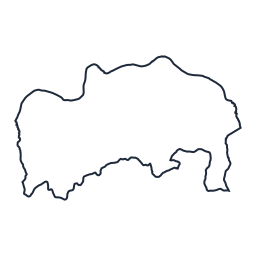 outline of Kap Choeng, Surin, Thailand
{"feature_id": "78962969B82717955014572", "entity_name": "Kap Choeng", "entity_type": "district", "adm_level": 2, "iso_a3": "THA", "parent_name": "Thailand", "parent_adm1": "Surin", "projection": "robinson", "projection_center": [103.538, 14.468], "detail": "fine", "context": "isolated", "style": "outline", "palette": "slate", "viewbox_px": 256, "rotation_deg": 0, "n_neighbors": 0, "source": "geoboundaries", "source_scale": "gbopen_adm2", "svg_char_len": 5778}
<svg xmlns="http://www.w3.org/2000/svg" viewBox="0 0 256 256"><path d="M228.8,190.7L228.2,189.3L226.4,186.1L225.5,183.1L224.0,180.0L224.0,178.9L224.8,175.7L225.7,171.2L226.2,170.5L227.8,169.2L228.2,168.7L230.3,164.4L230.4,163.9L230.4,163.0L229.8,161.6L228.9,159.9L228.7,157.9L228.0,157.6L227.2,153.5L227.1,152.7L227.4,149.5L227.0,147.5L226.9,145.1L226.7,144.6L225.6,143.4L225.8,142.2L225.7,141.0L225.9,140.1L225.8,139.7L226.1,139.4L225.8,138.8L226.0,138.3L226.7,137.7L227.1,136.9L227.4,136.6L227.5,136.0L227.7,135.6L240.6,127.8L239.9,125.6L239.7,123.2L239.2,121.9L238.9,121.5L238.8,120.5L238.2,120.0L237.8,118.6L237.4,118.4L236.4,116.6L236.3,114.8L236.5,114.2L236.4,114.0L236.5,113.8L236.7,113.7L236.5,113.4L235.8,113.3L235.3,112.9L235.5,112.6L235.5,111.8L235.6,111.7L236.1,111.9L236.1,110.3L236.3,109.3L236.2,108.3L235.8,106.8L235.2,106.3L234.6,106.0L235.1,105.5L235.1,105.0L234.9,104.8L234.7,104.4L234.5,104.2L234.4,103.8L233.4,103.6L233.3,103.0L232.9,103.0L232.8,102.7L231.9,102.7L231.6,101.7L231.3,100.9L228.1,100.3L226.9,99.8L225.9,98.9L225.5,98.0L224.9,95.7L224.4,93.0L223.9,91.1L222.6,88.5L220.9,86.2L219.0,84.7L215.7,82.4L209.7,79.0L208.8,78.2L204.2,76.7L203.1,76.0L202.2,75.8L199.0,75.4L193.4,75.1L189.3,74.4L187.4,73.8L181.8,70.5L179.4,68.4L173.8,64.0L171.3,60.4L170.1,59.1L168.3,58.0L165.7,56.8L164.4,56.4L163.9,56.6L162.8,56.7L162.6,56.5L162.4,56.6L161.9,56.4L157.9,57.3L156.4,58.3L154.0,60.4L152.8,61.1L152.7,61.5L152.3,61.6L152.1,61.5L149.5,64.0L148.0,64.7L145.6,65.7L142.5,66.3L140.6,66.3L133.3,64.4L132.0,64.5L129.9,64.9L127.8,64.9L126.8,65.0L121.3,66.5L117.0,68.5L111.9,71.1L110.9,71.4L109.4,72.5L107.5,73.3L106.2,73.4L105.2,73.1L104.6,72.5L104.3,72.7L103.9,71.8L103.2,71.3L103.3,71.1L101.4,70.1L101.1,69.6L100.7,69.5L100.4,69.0L100.4,68.8L99.1,67.4L98.5,67.4L98.3,66.4L96.5,65.0L95.5,64.6L94.2,64.3L92.5,64.6L90.7,65.5L88.0,67.2L87.2,68.0L86.5,69.0L85.8,72.7L85.5,77.9L85.2,80.3L84.9,81.4L83.9,84.1L83.6,85.4L83.5,87.1L83.7,91.9L83.5,93.7L83.1,94.9L81.3,96.7L79.3,98.5L78.7,98.8L77.6,99.2L73.4,100.2L71.6,100.5L70.3,100.5L67.3,100.0L65.6,100.2L64.2,100.1L63.3,99.7L61.8,97.8L60.7,97.0L56.2,94.6L51.8,92.7L44.8,90.7L41.5,90.5L39.2,89.8L37.6,89.8L34.7,90.6L34.0,90.9L27.0,96.2L25.2,98.0L22.1,102.6L21.5,103.6L20.2,109.9L19.6,111.9L18.1,114.9L17.1,117.8L16.4,118.8L15.7,120.5L15.4,120.8L15.9,121.9L16.4,122.1L16.5,122.7L16.8,123.1L16.7,124.2L16.8,124.5L16.5,124.6L16.5,124.9L17.0,124.8L17.0,125.3L17.3,125.4L17.6,126.2L17.4,126.9L17.7,127.2L17.6,127.5L18.2,128.3L18.1,129.2L18.2,129.3L18.6,129.4L18.6,129.9L18.8,130.0L19.0,130.7L19.4,131.0L19.4,131.4L19.5,131.6L19.4,132.2L19.3,132.3L19.3,132.7L18.9,133.0L19.4,134.4L19.4,134.9L19.0,135.3L18.9,135.6L18.8,137.1L18.9,137.6L19.5,137.8L19.5,138.0L20.0,138.9L20.1,139.5L19.7,140.6L19.3,141.1L17.9,142.2L17.7,142.8L17.5,144.9L17.8,145.9L19.1,147.2L19.7,148.3L19.7,149.3L20.3,150.5L20.4,151.1L20.3,152.2L20.6,152.6L20.7,156.5L20.5,158.3L20.7,160.3L21.0,161.2L21.9,163.1L22.9,164.3L23.1,165.0L23.2,166.6L23.7,167.7L25.1,169.9L25.3,170.9L25.9,172.6L26.7,174.2L26.4,174.8L26.0,175.3L25.4,176.2L25.5,178.1L25.1,179.0L24.3,180.1L23.3,181.2L22.5,181.9L22.5,182.3L22.9,182.9L23.9,186.7L24.7,189.1L24.5,191.0L24.0,193.2L24.3,194.0L25.7,194.7L26.9,195.7L28.4,196.5L29.1,196.5L30.5,195.9L30.5,196.1L30.8,194.8L31.9,193.7L32.8,192.4L34.2,189.3L35.1,188.2L37.0,186.7L38.9,185.4L40.9,184.6L44.7,182.0L45.8,181.6L46.3,181.6L46.8,181.7L47.3,182.1L47.7,183.1L48.1,185.4L48.1,188.9L48.4,189.6L49.0,189.9L49.9,189.8L50.5,189.4L50.8,189.3L51.2,189.3L51.8,189.6L52.3,190.3L53.2,193.2L54.9,196.8L55.1,197.0L56.2,197.3L58.0,197.3L60.1,197.6L61.6,198.1L64.3,199.5L65.0,199.6L65.6,199.4L66.3,198.9L66.9,198.0L67.2,196.8L67.4,193.9L68.4,191.7L68.7,191.3L69.3,190.9L72.6,190.1L73.3,189.4L73.8,188.0L74.2,185.1L74.4,184.3L74.6,183.9L76.5,183.3L77.2,183.5L78.1,184.6L78.7,185.0L80.1,185.1L80.5,185.0L81.0,184.6L82.9,181.9L83.2,180.6L83.4,177.7L83.8,176.9L84.0,176.6L86.1,175.6L89.4,174.4L91.9,174.0L94.9,172.6L95.3,172.6L95.7,172.9L96.3,174.0L97.3,174.9L98.4,175.3L99.2,175.1L100.5,173.7L100.7,172.7L100.5,170.9L101.2,169.1L101.6,168.3L102.0,168.0L104.5,166.9L105.3,166.3L106.4,165.0L109.1,163.7L111.2,163.0L114.1,162.8L117.1,162.2L117.6,162.0L119.9,159.4L120.8,158.9L121.4,158.9L122.1,159.3L123.0,159.4L124.4,158.9L125.0,158.8L125.7,159.0L126.9,159.8L128.0,160.0L128.5,159.7L129.8,158.3L130.1,158.3L131.0,157.5L131.8,157.4L133.5,157.7L135.1,157.6L136.6,158.2L138.1,159.1L138.5,159.8L140.1,161.3L142.8,164.7L143.4,165.2L145.7,164.8L146.2,164.8L147.2,165.4L147.9,165.4L148.6,165.1L149.8,163.8L150.1,163.7L150.5,164.2L150.9,165.7L151.5,167.9L151.7,170.3L152.4,171.4L152.1,172.5L152.5,173.6L152.7,174.0L154.0,175.1L155.2,176.4L155.6,176.7L156.8,176.9L158.8,176.9L160.5,175.6L162.3,173.5L163.1,172.8L164.6,172.2L166.6,171.0L169.1,170.3L171.4,169.0L173.4,168.2L174.3,167.7L174.9,167.8L176.2,168.4L176.7,168.4L176.9,168.1L177.4,168.5L177.8,168.5L178.7,165.8L179.6,164.2L179.7,163.3L179.5,162.8L179.1,162.3L178.1,161.9L177.7,161.5L175.9,161.2L174.0,160.2L173.3,160.1L171.0,160.4L170.3,160.1L171.2,158.2L171.8,156.3L172.1,155.9L174.9,152.9L175.5,152.6L176.3,151.9L176.7,150.9L177.1,150.5L178.3,149.6L179.7,149.0L181.4,149.5L183.3,150.6L185.7,151.2L186.8,151.6L189.0,151.5L193.6,152.1L195.5,151.2L198.0,149.3L199.8,149.1L200.8,149.2L202.0,149.4L205.3,151.2L209.3,152.3L210.0,153.3L210.4,154.7L210.7,158.2L210.6,159.7L209.8,162.1L209.6,164.5L209.3,165.7L208.8,166.7L206.7,168.6L205.8,170.4L205.8,171.0L206.1,172.1L206.0,174.5L205.4,176.5L205.5,178.7L205.2,179.5L204.6,180.4L204.3,182.7L204.6,184.3L206.5,188.1L206.7,189.4L207.5,190.5L208.2,190.9L208.6,191.0L210.6,190.6L212.1,190.8L214.7,190.5L216.6,190.0L218.8,189.1L219.8,188.9L221.0,188.9L222.5,190.0L223.6,190.5L225.2,190.5L227.6,190.4L228.8,190.7Z" fill="none" stroke="#1e293b" stroke-width="2"/></svg>